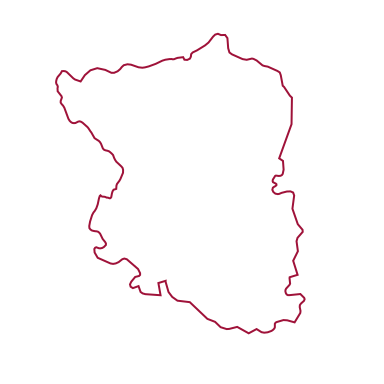 outline of Salamanca, rotated 80°
{"feature_id": "ESP-5841", "entity_name": "Salamanca", "entity_type": "Autonomous Community", "adm_level": 1, "iso_a3": "ESP", "parent_name": "Spain", "parent_adm1": "", "projection": "albers", "projection_center": [-6.114, 40.774], "detail": "fine", "context": "isolated", "style": "outline", "palette": "rose", "viewbox_px": 384, "rotation_deg": 80, "n_neighbors": 0, "source": "natural_earth", "source_scale": "10m", "svg_char_len": 3358}
<svg xmlns="http://www.w3.org/2000/svg" viewBox="0 0 384 384"><g transform="rotate(80 192 192)"><path d="M50.4,299.1L50.6,297.3L51.2,295.6L52.2,294.4L59.4,289.2L60.9,287.7L63.8,282.5L58.3,277.2L54.5,270.9L53.6,263.8L56.7,256.2L60.6,250.7L61.1,248.1L60.2,244.3L58.5,241.4L56.7,239.4L55.3,237.2L55.0,233.4L56.0,230.0L59.9,223.0L61.0,219.3L61.1,216.7L60.8,212.8L59.5,205.5L57.5,198.4L57.1,195.3L57.2,191.1L57.5,189.0L58.0,187.8L58.1,186.6L57.6,184.3L57.4,182.8L57.7,177.3L60.4,176.5L61.1,173.8L60.3,170.9L58.5,169.6L56.1,168.9L54.7,167.1L53.4,162.5L49.9,153.7L47.7,149.8L42.6,144.2L41.0,141.8L40.7,139.0L42.5,136.2L43.1,132.1L46.6,130.4L56.7,131.4L61.1,130.9L63.4,128.7L69.9,119.1L71.3,115.2L71.0,109.8L71.6,108.3L73.7,105.5L79.5,100.6L80.5,98.8L81.7,95.6L87.6,86.9L89.5,84.8L92.4,84.3L103.1,84.2L104.5,83.1L114.1,78.9L116.4,77.2L142.5,82.2L174.0,100.3L177.2,97.0L185.9,97.9L189.9,99.5L190.9,100.5L191.4,101.9L191.3,103.7L190.4,106.5L190.6,107.3L193.8,110.2L195.2,110.7L196.4,110.5L198.3,108.0L199.0,107.5L200.0,107.7L200.7,108.9L201.2,110.4L201.8,111.6L203.8,112.5L206.1,111.9L208.1,110.2L209.0,107.8L209.0,106.5L208.4,103.9L208.0,98.5L208.5,94.9L210.1,92.5L213.2,92.0L225.9,96.0L242.1,93.4L248.4,89.7L250.5,89.9L255.4,96.0L258.6,97.6L268.7,98.0L277.3,104.3L291.9,102.4L292.9,110.6L293.7,110.9L299.3,111.3L300.4,112.1L303.5,116.1L304.8,117.0L306.3,117.3L308.1,117.1L309.4,116.5L310.2,115.5L310.5,114.0L311.3,103.0L315.7,99.9L317.1,99.7L318.6,100.6L320.8,104.1L322.1,105.4L324.0,105.9L328.0,105.8L330.0,106.4L338.2,113.6L334.9,120.5L334.0,124.2L334.8,131.3L335.2,132.4L336.2,133.3L339.6,133.9L340.7,134.6L341.8,136.1L342.6,137.8L343.3,141.8L343.1,145.3L342.1,147.9L338.2,152.2L341.0,160.7L332.7,170.9L333.3,179.2L333.0,181.7L330.1,187.3L323.9,191.8L319.6,198.9L300.1,213.3L296.5,225.2L291.9,229.7L286.4,232.5L275.8,233.6L274.9,233.4L275.8,240.9L288.2,240.9L284.5,255.7L283.3,258.2L281.5,260.0L275.4,261.0L276.4,266.9L274.6,268.9L272.2,269.1L269.8,267.4L265.8,262.7L265.5,258.7L264.6,257.5L262.9,257.2L258.5,258.5L246.9,267.9L245.8,270.2L246.1,272.3L248.3,276.4L249.1,279.5L249.1,282.2L248.2,284.7L240.4,296.3L234.7,298.4L231.2,298.1L230.1,297.1L229.8,295.9L231.3,293.3L231.6,291.8L231.5,290.0L230.8,288.2L229.2,286.0L227.7,285.7L226.2,286.2L222.8,288.1L217.2,289.7L216.0,290.4L214.9,291.3L214.2,292.7L213.8,294.2L213.2,295.8L212.5,297.3L211.3,298.5L209.8,299.3L207.7,299.1L203.4,297.5L197.4,294.4L195.1,292.6L193.7,291.0L191.5,289.1L187.8,287.0L182.1,284.7L179.9,283.5L179.4,282.7L180.5,281.9L181.0,281.0L181.4,279.3L181.7,278.5L182.3,277.6L182.8,276.8L182.9,275.9L183.9,274.2L183.9,273.4L183.0,272.4L179.5,271.1L177.5,270.1L176.1,268.8L176.0,267.5L175.8,266.1L172.6,265.3L171.1,264.5L168.4,261.6L166.7,260.2L161.1,256.6L158.2,256.0L156.2,256.2L154.6,257.1L149.0,261.3L146.9,262.2L144.8,262.8L141.9,263.3L140.2,264.4L138.7,265.6L137.5,266.7L136.7,268.1L136.1,269.6L135.3,271.1L133.7,272.2L128.8,273.2L127.0,273.9L125.6,274.8L122.1,278.6L115.9,280.8L114.6,281.5L111.3,282.9L110.0,283.6L104.8,287.7L103.7,288.9L102.9,290.3L102.9,291.8L103.8,294.8L103.7,296.3L103.2,297.8L102.2,299.0L100.7,300.1L98.4,301.0L86.8,303.1L84.5,304.0L83.0,305.0L81.2,305.8L79.5,305.5L76.4,303.7L74.9,303.9L69.5,306.8L66.4,306.4L65.2,305.9L63.7,306.0L61.9,306.8L60.3,306.8L58.7,306.3L57.0,305.5L55.4,304.3L52.5,300.8L50.4,299.1Z" fill="none" stroke="#9f1239" stroke-width="2"/></g></svg>